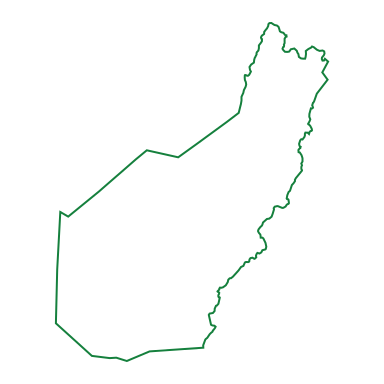 the district of Pocahontas, West Virginia, United States of America
{"feature_id": "52423323B52249566061450", "entity_name": "Pocahontas", "entity_type": "district", "adm_level": 2, "iso_a3": "USA", "parent_name": "United States of America", "parent_adm1": "West Virginia", "projection": "equal_earth", "projection_center": [-79.805, 38.387], "detail": "fine", "context": "isolated", "style": "outline", "palette": "green", "viewbox_px": 384, "rotation_deg": 0, "n_neighbors": 0, "source": "geoboundaries", "source_scale": "gbopen_adm2", "svg_char_len": 3668}
<svg xmlns="http://www.w3.org/2000/svg" viewBox="0 0 384 384"><path d="M57.2,269.5L55.9,323.3L91.9,355.9L109.7,358.1L116.3,357.7L126.8,361.0L149.6,351.4L203.3,347.7L203.2,345.3L205.3,339.6L205.7,339.1L207.3,337.8L209.7,334.2L211.2,332.7L212.4,331.8L212.7,331.3L212.8,330.6L213.9,329.5L215.1,327.8L215.6,326.7L214.4,325.7L212.7,325.5L211.3,325.0L211.0,324.6L208.8,314.9L209.6,313.6L212.9,313.0L214.6,311.0L214.7,308.7L215.9,306.0L216.0,305.8L216.8,305.6L218.4,303.8L219.8,297.6L219.7,297.4L219.4,297.2L218.7,297.2L218.3,296.2L218.4,295.1L219.1,293.8L219.2,292.6L217.6,291.6L217.5,291.4L219.0,289.8L219.3,289.5L219.3,288.6L220.0,287.6L221.2,287.8L223.0,287.3L225.8,285.3L227.8,282.0L228.0,280.8L228.2,280.4L228.3,279.7L229.6,278.4L230.2,278.2L231.0,278.2L232.9,276.7L238.5,270.5L241.0,267.0L243.4,265.9L244.8,262.7L245.3,262.2L246.1,262.0L248.1,262.1L248.9,261.8L249.3,261.3L249.3,260.3L249.7,259.1L250.5,258.1L252.5,257.7L254.1,258.7L254.6,258.8L255.5,258.1L256.3,257.2L256.0,256.2L256.0,255.5L256.6,254.0L257.4,252.9L259.5,253.5L261.3,252.4L262.4,250.2L263.2,250.0L265.4,249.4L265.8,248.9L266.3,246.7L265.5,242.9L263.4,238.5L262.5,237.7L260.7,237.7L260.5,235.4L260.3,234.5L259.0,233.0L258.1,231.4L258.1,230.6L258.6,229.3L260.3,227.1L261.9,225.6L262.4,224.6L263.0,222.5L266.9,219.0L269.3,218.6L271.6,216.7L272.7,213.7L274.0,209.4L273.7,208.2L274.7,206.7L277.2,206.1L278.0,206.2L282.2,207.9L283.4,207.8L285.6,206.5L286.6,204.9L287.5,204.1L288.4,203.9L288.8,203.4L288.9,203.1L288.8,202.0L288.5,199.8L288.2,199.3L287.1,199.1L286.7,198.5L287.3,195.2L288.6,192.0L290.0,190.8L291.9,185.0L293.5,183.3L295.0,181.1L294.9,179.9L295.8,178.2L302.0,170.6L301.9,169.9L301.5,169.4L301.3,168.2L301.4,166.7L302.0,165.3L301.3,163.5L302.3,161.9L302.5,161.5L302.5,158.4L302.3,157.5L301.5,155.1L299.8,152.5L298.6,152.2L298.4,150.2L298.6,149.6L299.8,148.3L300.3,148.1L300.6,146.8L299.9,146.6L299.3,145.1L299.1,143.8L300.2,140.4L301.0,139.4L301.4,139.2L302.5,139.5L304.4,137.0L304.9,135.5L304.9,133.7L305.4,132.6L307.7,132.7L309.0,134.0L309.5,132.4L309.6,131.9L310.0,131.5L310.7,131.0L311.5,130.9L312.0,130.2L311.7,128.7L310.3,126.0L309.2,124.7L308.6,124.5L308.1,123.9L309.6,121.2L310.3,119.3L309.3,116.8L309.4,113.9L310.9,108.4L311.8,108.6L313.0,107.7L312.5,105.9L312.2,105.3L313.0,102.8L313.4,102.6L314.2,101.1L316.8,93.7L327.6,79.7L322.3,72.4L328.1,61.6L324.9,58.8L324.0,60.5L322.5,60.6L321.8,59.0L322.0,57.5L323.8,55.3L324.5,53.6L324.2,51.4L322.6,50.5L319.6,50.9L317.0,49.8L314.6,47.9L313.8,47.2L312.0,46.5L311.1,47.6L308.4,49.0L305.8,51.0L306.0,54.0L305.6,57.0L305.1,58.7L303.3,58.7L301.0,58.4L298.9,56.9L298.4,54.1L297.4,52.6L296.8,50.8L294.3,48.5L290.8,49.3L289.3,51.5L287.7,51.9L285.0,51.8L283.4,50.2L282.5,48.8L283.1,47.1L283.9,46.7L284.1,45.3L283.9,44.6L284.6,43.1L284.6,40.5L284.6,38.7L285.6,37.0L286.6,36.6L286.4,35.4L285.9,35.6L285.0,34.9L283.4,32.8L281.2,32.2L279.9,31.3L279.2,28.8L278.5,26.8L276.9,25.5L274.5,25.0L272.9,24.0L271.4,23.0L269.4,23.1L268.4,24.2L268.2,26.0L267.0,28.4L265.7,29.9L264.2,31.9L264.1,34.0L261.8,35.7L261.0,37.3L261.3,38.7L262.0,39.1L261.9,41.3L260.9,42.8L258.9,45.4L258.9,48.2L258.4,50.5L256.8,52.3L256.5,53.3L256.6,54.4L255.9,55.7L255.2,57.2L254.7,58.0L254.2,59.8L253.9,62.6L251.1,64.6L249.5,67.0L250.0,69.9L250.9,71.6L249.2,74.8L247.9,75.8L246.7,75.6L246.1,75.2L245.1,75.0L244.8,75.4L244.7,77.6L244.9,80.0L245.8,82.0L246.2,84.5L245.6,86.8L243.9,90.1L243.3,92.9L241.5,96.8L241.5,100.6L240.9,104.1L240.1,107.2L239.4,110.1L238.7,112.9L226.9,121.9L215.0,130.6L196.4,144.2L178.2,157.3L162.5,153.8L146.8,150.3L135.9,159.3L124.1,169.6L115.0,177.5L102.6,188.3L99.2,191.3L68.2,216.6L60.3,212.0L57.2,269.5Z" fill="none" stroke="#15803d" stroke-width="2"/></svg>